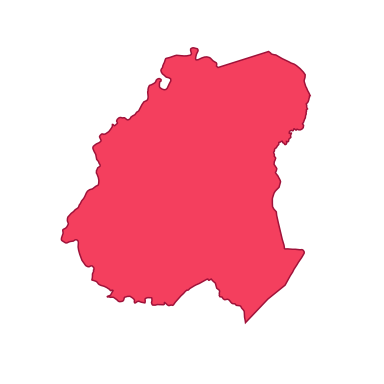 the district of El Triunfo, Choluteca, Honduras, rotated 166°
{"feature_id": "27666195B77536199573353", "entity_name": "El Triunfo", "entity_type": "district", "adm_level": 2, "iso_a3": "HND", "parent_name": "Honduras", "parent_adm1": "Choluteca", "projection": "orthographic", "projection_center": [-87.02, 13.087], "detail": "fine", "context": "isolated", "style": "filled", "palette": "rose", "viewbox_px": 384, "rotation_deg": 166, "n_neighbors": 0, "source": "geoboundaries", "source_scale": "gbopen_adm2", "svg_char_len": 5996}
<svg xmlns="http://www.w3.org/2000/svg" viewBox="0 0 384 384"><g transform="rotate(166 192 192)"><path d="M83.7,309.8L136.6,306.5L137.8,308.1L137.1,310.0L137.0,310.8L137.2,311.5L139.8,314.1L141.8,317.5L142.8,318.4L144.9,319.5L147.2,319.9L150.0,319.7L153.9,318.9L155.4,319.0L156.1,319.3L156.2,319.8L156.3,320.5L155.6,322.3L154.3,324.7L152.2,327.2L151.8,328.1L151.9,329.1L152.2,329.7L155.3,331.4L156.2,331.7L157.0,331.7L158.0,331.5L158.7,331.1L159.1,329.9L159.1,326.4L159.7,325.6L160.6,325.2L164.4,325.4L167.0,326.0L173.9,328.4L175.6,328.4L181.2,327.9L184.7,327.9L185.3,327.7L185.8,327.1L187.6,324.2L188.3,323.5L189.9,321.3L190.4,320.0L192.2,318.5L192.8,317.2L192.7,315.6L192.1,313.8L190.3,311.4L189.8,310.4L189.0,309.6L186.8,308.4L185.4,307.1L185.5,305.5L185.7,304.9L187.7,302.7L191.0,298.6L192.5,297.8L194.1,297.9L195.9,298.9L197.7,300.8L198.1,302.1L197.5,304.7L196.6,306.7L195.2,307.2L194.8,308.5L195.2,309.1L196.1,309.9L197.2,310.1L198.3,309.9L199.7,309.1L200.5,307.8L201.9,306.8L205.3,305.9L207.4,305.7L207.9,305.3L209.2,303.6L209.9,302.0L210.2,300.8L210.8,299.8L211.5,295.1L212.0,293.6L212.7,292.5L213.8,291.7L216.9,291.1L219.4,288.9L224.0,283.7L225.0,283.2L226.4,282.8L228.7,280.8L230.9,280.3L232.7,279.6L233.3,279.3L233.9,278.5L234.7,277.9L235.6,277.6L236.6,277.5L237.1,277.6L237.6,277.9L239.1,279.9L239.6,280.4L240.4,280.6L241.3,280.6L243.2,281.6L244.3,281.7L245.3,281.5L247.0,280.5L248.0,279.1L248.0,278.8L247.6,277.2L247.8,276.7L250.4,275.3L251.1,275.1L251.4,275.2L252.3,276.6L252.6,276.8L252.9,276.8L253.4,275.0L254.0,274.2L256.1,272.3L258.1,270.7L261.9,269.3L263.7,269.3L264.4,269.9L265.8,270.1L267.6,269.0L268.4,267.9L267.8,264.5L267.8,263.8L268.0,263.5L269.8,262.4L273.1,261.8L275.1,261.0L276.8,260.1L277.5,258.9L277.6,257.9L277.2,255.2L276.6,252.9L276.3,251.6L276.6,246.7L275.4,244.3L275.1,241.9L274.7,241.1L274.6,240.2L274.8,239.7L275.1,239.2L277.7,238.2L278.8,236.6L279.5,235.9L280.2,233.6L279.8,232.2L279.4,228.8L279.6,225.6L280.5,222.9L281.1,221.7L281.7,221.3L284.0,220.8L287.8,219.1L290.8,219.0L293.2,218.1L294.7,216.7L297.1,213.6L298.7,211.9L301.3,210.0L303.2,207.7L304.4,206.8L305.9,204.6L306.9,204.0L309.5,203.1L310.5,202.5L311.6,201.7L314.4,200.5L318.5,197.7L319.2,196.5L319.8,194.7L319.9,193.9L319.6,191.4L319.8,190.8L321.4,188.9L322.6,187.9L323.7,187.4L325.9,186.9L326.6,186.4L326.7,186.0L327.0,183.2L329.7,179.0L330.2,177.7L330.2,176.8L329.7,176.0L327.2,173.4L326.5,173.0L325.4,172.9L323.6,173.3L321.9,173.4L319.0,173.1L317.1,173.8L316.4,173.8L315.5,173.5L314.6,172.5L314.4,171.6L314.5,170.4L315.8,166.2L316.1,163.1L316.0,158.9L315.3,152.4L313.3,147.2L312.9,146.3L312.3,145.7L311.4,144.9L310.2,144.4L309.4,144.4L308.3,144.8L307.1,144.6L306.6,144.2L305.6,142.4L305.7,141.0L306.0,140.4L306.5,140.1L306.6,138.9L308.4,136.6L309.0,134.3L309.6,132.5L310.3,131.3L310.3,130.7L308.6,129.8L306.7,128.5L305.9,127.5L305.0,125.4L304.4,124.6L302.9,123.4L300.1,121.8L297.8,119.9L296.2,118.1L295.5,117.5L295.2,116.4L294.9,116.0L294.4,115.9L293.7,116.1L293.0,116.0L292.5,115.6L292.8,115.0L294.8,113.0L295.9,111.7L296.5,111.5L299.2,111.2L299.5,111.0L299.4,110.6L299.1,110.5L298.3,110.5L296.5,109.5L295.1,109.3L293.7,108.8L293.0,108.1L290.9,105.5L290.0,104.0L289.2,103.3L288.4,103.0L286.3,102.8L285.1,103.1L284.4,103.8L283.2,105.9L282.6,106.2L279.9,106.3L277.4,105.8L275.3,103.6L274.1,101.7L274.0,101.0L274.6,99.2L274.5,98.5L274.2,98.1L273.4,98.2L271.8,98.9L270.1,98.9L268.0,97.4L264.6,95.8L264.3,96.1L263.8,97.4L263.5,99.4L263.0,99.9L261.8,100.2L260.4,100.2L257.0,99.2L256.7,99.0L256.7,98.5L257.1,96.4L258.1,94.4L257.9,92.4L257.5,91.8L255.0,91.1L253.0,91.2L246.9,89.5L246.2,89.7L245.8,90.3L245.7,91.1L245.3,91.4L244.8,90.9L243.3,88.6L242.4,87.6L241.6,87.3L239.7,87.4L238.1,86.7L237.3,87.0L234.9,89.1L227.9,93.9L224.8,95.6L222.5,97.2L220.8,98.0L220.0,97.8L219.2,97.8L217.4,98.9L212.6,100.4L210.7,100.9L207.0,101.5L198.9,103.7L197.7,103.7L197.3,102.5L196.8,102.2L194.5,102.9L194.1,102.4L193.7,101.3L191.4,97.9L191.3,92.7L189.5,90.4L189.2,89.6L189.2,89.1L190.1,86.9L190.1,86.0L190.6,85.2L190.3,83.7L188.3,82.8L187.6,80.9L186.6,79.7L185.9,79.5L183.6,79.4L182.8,78.9L181.9,77.9L181.2,76.1L180.3,74.5L179.3,73.7L177.5,73.2L176.4,71.3L173.2,70.1L172.4,69.4L171.9,67.4L170.7,65.1L170.2,63.5L171.3,57.8L171.5,54.1L171.7,52.3L144.2,69.8L124.2,79.1L116.8,87.1L113.8,89.9L111.8,92.3L107.9,95.9L105.6,98.2L101.4,101.9L98.1,105.3L97.7,106.3L97.7,107.2L98.2,108.5L98.6,109.0L99.3,109.5L101.1,109.8L105.5,111.4L108.3,112.1L113.0,113.7L115.0,114.1L115.8,114.5L116.0,114.8L115.8,115.8L115.6,118.2L115.9,124.2L115.7,141.1L115.5,148.9L115.0,152.3L115.3,153.0L116.7,155.6L117.4,158.3L116.7,161.8L115.7,165.8L115.3,166.8L114.0,168.9L112.7,171.0L111.2,172.5L109.9,173.4L106.4,175.5L103.6,180.5L103.6,181.8L104.8,186.9L106.2,190.0L106.3,190.6L106.2,190.9L105.2,192.0L104.1,194.0L104.2,194.8L105.7,199.0L104.8,201.5L103.8,202.7L102.6,204.6L102.7,205.2L103.5,206.7L103.0,208.6L103.3,210.1L103.2,210.7L102.8,211.3L102.2,211.7L101.5,213.6L100.5,214.3L99.5,214.5L98.1,216.0L96.4,217.1L96.0,218.1L95.9,218.9L95.7,219.1L94.2,219.1L93.2,219.5L92.3,219.5L92.0,219.1L92.0,218.2L91.8,217.7L90.9,217.0L90.5,215.7L89.9,215.4L89.1,215.6L88.5,216.2L88.3,216.7L88.1,218.2L87.6,218.0L87.0,217.5L86.1,217.8L85.2,219.8L82.9,221.1L82.6,223.3L81.4,224.7L81.3,225.1L81.6,225.3L83.1,225.2L83.4,225.4L83.1,226.7L81.8,227.7L80.4,227.7L79.7,227.1L79.3,227.0L78.9,227.2L78.0,228.5L77.6,228.6L77.3,228.4L76.3,227.0L75.7,226.9L75.2,227.4L74.9,227.5L73.2,226.4L71.9,226.1L70.2,226.4L68.5,227.5L67.6,229.7L68.3,231.4L67.0,232.6L65.2,235.3L64.1,236.5L63.4,238.5L62.3,240.1L62.0,241.7L61.3,242.8L61.2,244.0L59.8,244.7L60.1,245.6L60.2,246.5L60.1,247.2L59.8,248.0L59.8,249.9L58.5,250.6L57.4,251.6L56.2,253.5L56.0,254.2L55.2,255.3L54.8,256.7L54.0,256.8L54.7,260.3L55.3,262.6L55.7,265.4L56.1,266.7L56.4,271.8L56.2,273.1L54.6,275.9L53.8,278.4L54.9,281.3L57.3,285.6L60.1,289.4L61.9,291.3L64.7,293.2L66.4,294.8L72.1,299.5L77.5,304.7L79.1,305.3L81.4,306.6L81.9,307.2L82.0,307.7L83.7,309.8Z" fill="#f43f5e" stroke="#9f1239" stroke-width="1.5"/></g></svg>